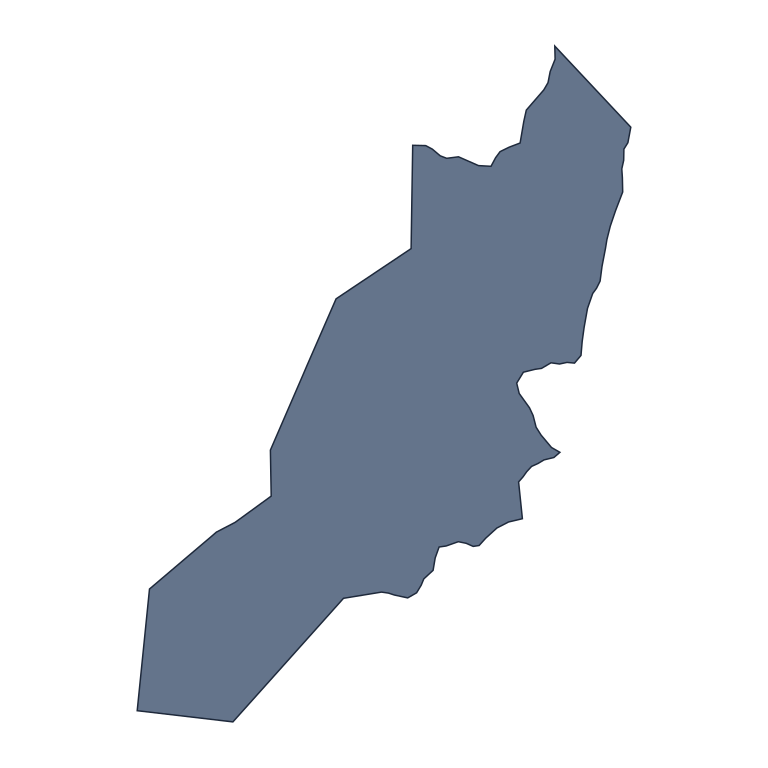 Morro do Chapéu do Piauí, Piauí, Brazil
{"feature_id": "56859067B47248632065637", "entity_name": "Morro do Chapéu do Piauí", "entity_type": "district", "adm_level": 2, "iso_a3": "BRA", "parent_name": "Brazil", "parent_adm1": "Piauí", "projection": "natural_earth1", "projection_center": [-42.228, -3.696], "detail": "fine", "context": "isolated", "style": "filled", "palette": "slate", "viewbox_px": 768, "rotation_deg": 0, "n_neighbors": 0, "source": "geoboundaries", "source_scale": "gbopen_adm2", "svg_char_len": 1291}
<svg xmlns="http://www.w3.org/2000/svg" viewBox="0 0 768 768"><path d="M621.8,168.9L623.7,160.3L623.9,149.1L627.9,142.7L630.8,127.2L554.8,46.1L555.1,59.2L550.2,71.5L548.0,82.7L543.8,89.9L526.3,110.1L523.8,121.4L520.1,143.0L509.1,147.2L500.1,151.6L495.6,157.7L491.0,166.3L478.5,165.6L458.5,156.8L446.7,158.3L440.2,155.8L432.3,149.1L425.7,145.6L412.7,145.3L411.1,248.6L336.1,298.8L307.0,365.5L303.2,374.4L270.4,450.1L271.2,496.1L235.2,522.3L216.4,532.1L209.1,538.4L188.3,556.0L149.5,589.0L144.4,639.6L137.2,710.7L232.9,721.9L261.1,690.4L343.5,598.3L381.5,592.1L388.5,593.1L394.3,595.0L407.7,597.9L416.6,592.8L421.2,585.2L423.8,578.9L433.1,570.3L435.2,557.9L439.1,547.0L446.1,546.0L458.3,541.7L466.2,543.3L473.2,546.4L479.1,545.5L485.8,538.1L496.9,528.0L508.5,522.0L516.6,520.1L522.4,518.7L518.6,481.9L523.0,476.9L526.7,471.7L531.6,466.4L538.0,463.5L544.0,459.9L553.9,457.5L559.9,452.3L551.5,447.5L541.1,435.1L536.1,427.2L533.1,415.5L529.5,407.8L519.2,393.5L516.7,383.1L523.4,372.2L535.1,369.3L541.5,368.4L551.0,362.8L559.5,364.0L567.0,362.4L574.5,363.1L581.0,355.4L582.2,341.4L584.1,327.5L587.5,308.4L592.7,293.5L596.5,288.3L600.1,281.1L602.0,266.5L605.5,248.3L606.9,239.6L610.3,226.1L615.5,210.8L622.7,192.0L622.4,177.8L621.8,168.9Z" fill="#64748b" stroke="#1e293b" stroke-width="1.5"/></svg>